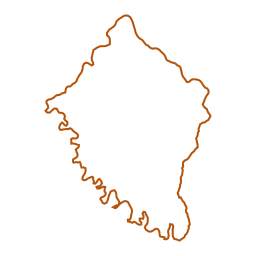 Dom Bosco, Minas Gerais, Brazil (Robinson projection)
{"feature_id": "56859067B94759180544499", "entity_name": "Dom Bosco", "entity_type": "district", "adm_level": 2, "iso_a3": "BRA", "parent_name": "Brazil", "parent_adm1": "Minas Gerais", "projection": "robinson", "projection_center": [-46.303, -16.742], "detail": "fine", "context": "isolated", "style": "outline", "palette": "amber", "viewbox_px": 256, "rotation_deg": 0, "n_neighbors": 0, "source": "geoboundaries", "source_scale": "gbopen_adm2", "svg_char_len": 4838}
<svg xmlns="http://www.w3.org/2000/svg" viewBox="0 0 256 256"><path d="M93.5,50.0L92.9,52.6L92.4,54.4L92.2,56.0L91.7,57.5L91.7,59.8L92.9,62.2L93.2,64.5L91.7,65.4L90.0,64.4L88.1,63.1L86.0,62.7L83.9,63.9L82.9,66.2L82.6,69.0L81.8,71.4L81.1,73.1L79.8,74.4L78.8,76.3L77.6,78.1L77.0,79.8L76.3,81.4L74.6,83.1L72.7,84.0L71.3,85.5L70.0,86.5L68.3,86.4L66.8,87.2L65.9,88.8L65.5,90.8L65.3,92.5L63.5,92.9L61.4,93.7L59.5,94.9L57.2,95.0L55.1,96.3L54.0,97.4L52.8,98.2L50.9,99.2L48.3,99.6L46.6,101.0L46.4,103.0L47.4,104.6L48.1,106.2L48.1,107.8L47.0,109.3L45.5,110.8L47.1,112.5L49.7,112.6L51.0,111.5L52.8,109.7L54.6,108.5L56.7,108.7L57.7,110.7L59.2,112.8L61.5,112.8L63.0,113.3L64.2,114.4L65.0,116.5L64.2,118.9L65.4,120.5L67.3,121.8L67.4,124.3L66.2,125.8L64.6,125.1L63.5,123.7L62.2,122.5L60.3,124.2L59.5,126.3L59.2,128.1L60.3,129.8L62.1,129.8L63.6,129.3L66.3,129.1L68.7,129.0L70.0,128.2L71.5,128.9L73.0,130.7L74.6,132.1L76.0,133.0L77.3,134.0L78.1,135.5L77.7,137.4L76.3,138.4L74.3,138.5L72.3,138.3L71.1,139.4L71.4,141.9L71.3,143.6L73.4,143.5L75.2,143.9L76.8,144.5L78.9,145.0L78.8,146.8L77.2,148.4L75.8,149.4L76.4,151.5L77.3,153.4L77.7,155.0L76.9,157.1L74.8,158.4L73.2,159.3L72.9,161.1L73.5,162.7L75.5,162.1L77.7,162.5L79.8,162.0L80.6,163.5L80.8,165.5L81.6,167.6L83.6,167.4L85.4,168.1L85.7,170.8L85.1,172.8L84.1,174.7L82.9,176.5L82.3,179.0L83.7,180.2L85.8,180.0L87.6,178.6L89.1,177.9L90.6,177.3L91.9,176.7L93.2,177.5L93.0,179.4L94.0,181.3L93.5,183.4L95.3,183.6L96.9,181.8L98.0,179.8L99.5,178.9L100.9,180.7L102.0,183.3L100.7,185.2L99.7,186.6L97.9,186.3L96.5,186.9L97.3,188.5L99.3,188.5L101.4,187.6L103.4,186.6L105.2,187.0L104.6,189.2L104.5,191.2L105.7,192.9L105.5,194.6L104.3,196.1L102.6,197.0L101.1,197.5L100.3,198.9L101.6,200.8L102.8,203.0L104.7,203.7L106.8,202.4L107.7,200.1L108.4,197.8L108.8,195.8L109.7,193.9L110.4,192.0L112.2,190.7L114.6,190.3L115.9,192.3L116.3,194.2L116.4,196.1L117.0,198.3L118.2,199.8L119.4,202.2L118.5,205.3L120.7,203.3L122.4,202.2L124.2,201.2L126.2,201.2L127.8,201.9L128.9,203.8L129.9,205.8L131.1,208.0L132.0,210.1L131.9,212.2L131.4,214.1L130.9,216.4L130.7,218.3L129.7,219.7L127.8,219.7L128.0,221.5L130.2,221.9L132.3,222.8L134.0,221.8L136.0,222.6L137.7,224.1L139.7,224.8L141.3,224.4L141.4,222.6L139.6,220.5L139.7,218.5L141.4,218.5L142.9,218.9L143.6,217.5L143.4,215.4L142.5,213.6L143.5,211.8L145.1,212.1L145.8,214.3L146.8,215.8L147.8,217.9L147.7,220.5L147.6,222.7L146.8,224.3L145.6,225.6L144.9,227.4L145.8,229.6L147.5,230.8L149.2,231.7L151.2,231.5L153.7,230.2L155.3,228.8L157.0,228.8L158.3,229.5L159.4,231.8L159.6,234.7L160.2,236.5L162.3,236.9L164.6,237.3L164.4,239.1L166.3,239.3L168.0,238.3L168.7,235.6L168.4,233.6L168.1,231.9L168.3,230.2L169.2,228.7L169.9,226.5L170.0,224.2L172.3,224.5L173.3,226.2L172.9,228.2L172.6,230.1L172.8,232.0L172.7,233.8L172.9,236.4L174.3,238.9L175.9,239.3L177.5,239.7L179.5,240.6L181.5,239.1L183.1,238.1L184.5,237.0L185.2,235.0L186.4,234.0L187.5,232.1L188.2,229.8L188.9,228.1L188.5,226.1L189.7,224.9L189.6,222.9L189.0,220.5L188.7,218.7L187.7,216.3L187.4,213.7L186.1,212.2L185.9,210.2L186.6,208.4L186.1,206.5L184.9,204.4L184.2,202.4L182.8,201.2L181.6,199.1L180.7,197.4L179.3,197.7L178.4,195.0L177.7,193.0L178.5,191.1L179.2,188.7L180.0,187.0L180.1,184.9L180.9,182.8L181.0,180.4L180.7,177.6L181.9,175.4L182.4,173.1L182.8,170.3L182.1,168.1L183.1,166.7L183.0,164.9L183.2,162.0L185.4,160.1L187.3,159.4L189.1,157.2L190.3,155.4L191.7,153.2L193.8,151.5L195.0,149.9L196.1,148.4L197.6,147.5L197.6,144.7L196.8,141.3L196.2,138.3L197.4,136.1L197.8,134.2L198.0,132.4L198.9,131.0L198.5,129.0L199.4,126.6L200.1,124.3L201.7,123.3L203.3,122.4L204.7,122.5L206.4,121.0L208.4,119.9L209.4,118.1L210.5,115.9L209.6,114.3L208.5,113.1L207.5,111.0L206.7,108.9L205.0,107.8L203.9,106.6L202.7,104.4L204.0,101.7L204.7,99.3L205.6,97.6L206.5,95.8L207.7,94.3L208.6,92.6L208.5,90.4L207.2,88.5L205.2,87.7L203.4,85.5L202.0,83.3L200.8,81.5L199.5,80.5L198.1,79.9L195.9,79.4L193.8,79.3L192.1,79.4L190.8,80.3L189.3,81.7L187.2,82.2L186.0,80.7L184.8,78.9L183.2,77.0L182.3,75.2L181.7,72.8L181.1,70.1L180.4,67.3L178.9,66.0L177.2,65.2L175.7,63.7L173.9,62.9L172.2,62.6L170.5,61.9L169.0,61.1L167.5,60.6L166.4,59.5L165.8,57.9L165.2,56.3L164.2,54.7L162.7,53.1L160.9,51.5L159.2,49.7L156.9,48.5L154.9,48.3L152.4,48.7L150.1,47.7L148.3,45.8L146.0,44.7L144.2,42.5L142.6,40.3L141.3,39.4L139.8,38.6L138.6,37.4L137.5,36.1L136.3,34.1L135.6,32.4L135.2,30.7L134.7,28.8L134.0,26.6L133.1,23.7L132.6,21.9L131.6,19.7L130.2,17.2L128.2,15.8L125.7,15.4L123.4,16.1L121.1,17.7L119.3,18.8L117.5,20.3L116.1,22.2L115.6,24.2L114.1,26.2L112.6,27.3L111.2,28.4L109.7,29.2L108.3,31.0L107.0,32.9L107.1,35.4L109.1,37.0L109.8,39.0L109.8,41.5L109.9,44.2L107.7,45.2L105.7,46.0L104.1,46.2L101.4,46.2L100.0,46.3L98.4,47.1L96.9,47.7L95.3,48.8L93.5,50.0ZM118.5,205.3L116.6,205.3L115.2,206.0L113.1,207.2L115.3,208.2L117.0,207.2L118.5,205.3Z" fill="none" stroke="#b45309" stroke-width="2"/></svg>